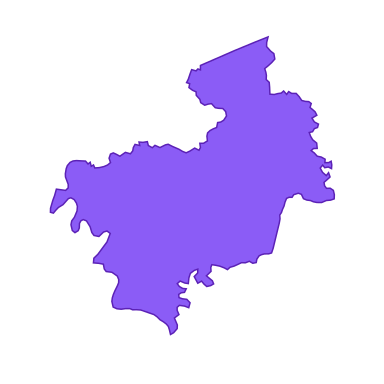 Ivaiporã, Paraná, Brazil, rotated 167°
{"feature_id": "56859067B76316504831540", "entity_name": "Ivaiporã", "entity_type": "district", "adm_level": 2, "iso_a3": "BRA", "parent_name": "Brazil", "parent_adm1": "Paraná", "projection": "natural_earth1", "projection_center": [-51.626, -24.281], "detail": "fine", "context": "isolated", "style": "filled", "palette": "violet", "viewbox_px": 384, "rotation_deg": 167, "n_neighbors": 0, "source": "geoboundaries", "source_scale": "gbopen_adm2", "svg_char_len": 3732}
<svg xmlns="http://www.w3.org/2000/svg" viewBox="0 0 384 384"><g transform="rotate(167 192 192)"><path d="M83.0,326.0L96.1,324.0L118.3,320.3L155.3,313.4L156.3,309.1L158.6,310.6L160.8,309.1L164.8,311.3L167.2,307.7L170.2,302.8L172.7,299.8L169.9,298.1L171.5,294.4L168.6,291.0L165.5,288.7L166.1,285.2L163.5,280.5L163.4,277.1L160.1,273.7L156.4,274.0L153.1,273.7L150.4,268.9L147.4,267.6L143.2,266.4L141.1,262.7L141.3,258.3L145.0,254.8L148.3,253.7L151.4,253.9L153.5,249.3L157.0,248.8L160.6,247.8L163.5,246.1L164.9,243.1L165.5,238.3L169.8,236.9L173.4,237.7L173.8,233.4L175.8,231.1L179.5,234.2L185.0,232.3L188.9,231.5L192.1,233.7L195.1,236.6L200.8,240.8L204.5,243.9L207.3,243.9L213.2,242.5L217.6,245.8L220.7,244.1L224.1,247.1L224.2,251.1L228.6,251.4L232.4,252.6L232.5,249.1L236.8,251.2L239.2,248.5L240.5,245.4L243.4,243.1L248.0,245.6L254.2,243.1L257.4,245.9L259.9,247.8L262.9,247.3L265.2,243.6L264.8,239.0L268.2,237.3L272.1,236.6L276.8,236.6L281.3,237.3L281.9,240.5L284.4,239.7L284.5,243.9L287.0,242.7L288.8,246.1L293.8,247.5L297.5,248.6L301.0,249.0L304.1,248.3L307.5,245.8L309.3,243.1L311.3,238.3L311.9,235.1L310.9,227.3L311.7,223.9L314.8,222.0L323.5,225.3L326.7,219.4L329.4,215.3L333.5,208.0L334.5,204.1L331.8,202.6L328.8,204.9L325.6,207.0L320.5,208.7L313.9,213.4L311.3,213.6L308.5,211.1L307.1,207.2L306.9,203.8L308.3,199.4L312.3,193.8L315.7,190.9L317.3,187.3L317.3,181.4L315.2,178.7L311.6,179.9L309.9,182.3L308.7,186.7L306.8,188.9L304.2,189.6L301.3,187.6L299.1,181.1L298.7,175.0L297.3,171.7L292.7,169.6L287.2,172.9L283.6,173.1L281.0,170.0L286.1,162.4L290.0,159.1L297.7,152.5L302.5,149.6L304.0,145.1L298.9,143.5L294.6,141.6L294.8,136.7L293.5,133.8L288.1,131.8L283.7,126.9L283.1,123.2L283.9,120.1L285.8,117.4L289.4,113.0L291.7,109.8L293.5,106.7L294.7,103.4L294.7,97.6L291.4,95.1L287.3,93.7L282.9,93.3L278.7,92.3L276.4,90.6L272.6,89.8L268.6,88.6L256.6,81.1L254.0,78.1L251.9,74.7L249.1,72.0L246.7,69.1L245.3,66.3L245.0,62.7L245.0,58.0L241.6,59.0L237.2,62.2L236.2,65.7L237.5,73.2L232.3,75.5L233.1,80.0L232.4,83.0L229.8,84.4L224.9,82.5L221.2,80.0L218.8,84.5L221.2,88.6L225.3,90.1L228.4,92.0L228.0,95.2L225.2,96.2L221.9,95.9L219.4,99.0L222.7,100.1L225.6,102.8L227.0,106.0L223.6,107.9L219.5,104.9L216.2,103.6L214.3,109.1L211.9,113.1L207.4,115.1L203.7,115.5L204.7,111.8L208.9,109.1L206.9,101.8L202.7,103.0L201.0,99.5L198.9,96.6L194.8,96.6L191.6,97.6L192.1,100.9L195.0,104.7L196.8,107.1L191.3,110.4L190.7,114.2L189.0,116.7L185.7,115.4L181.6,113.5L177.6,110.8L174.9,108.4L171.9,110.1L167.8,110.3L163.8,111.1L159.7,112.0L155.9,111.0L151.7,111.6L148.8,108.9L145.3,108.8L143.9,112.0L141.0,114.7L138.4,115.3L135.4,115.4L131.2,114.5L128.2,114.7L125.6,118.9L122.3,125.5L118.4,133.3L114.0,142.0L112.3,146.0L111.7,149.8L109.5,151.8L107.8,154.6L105.5,157.6L103.7,161.1L101.3,164.5L98.6,165.0L95.7,164.3L93.5,166.5L88.7,166.9L85.9,165.1L84.9,160.4L81.9,158.3L78.4,157.0L76.0,155.2L72.7,153.7L68.0,152.6L63.0,153.5L58.8,152.9L55.0,153.3L53.9,157.4L53.9,161.8L56.5,164.6L60.1,165.3L61.4,168.2L61.2,171.7L57.6,173.6L54.1,175.6L54.6,180.1L57.5,177.8L60.4,181.8L61.7,186.5L58.6,188.8L57.2,185.8L53.6,185.7L50.8,183.4L49.7,187.0L49.5,190.7L52.2,189.9L55.9,190.7L54.9,194.0L58.2,197.0L61.9,198.7L64.1,202.6L66.6,205.5L63.9,207.0L60.2,206.3L59.5,211.6L62.7,215.8L63.9,219.6L64.4,223.6L61.0,223.6L58.5,226.2L55.2,226.6L53.5,229.7L57.0,232.7L58.5,237.0L53.1,238.7L54.0,242.4L56.1,245.4L58.0,247.8L55.9,251.4L57.9,253.8L61.2,254.8L64.5,256.5L66.1,260.7L68.3,264.6L72.8,265.7L75.2,268.1L77.8,265.8L80.0,269.8L82.8,268.3L86.2,268.6L89.9,268.5L94.1,269.8L92.8,276.6L92.1,281.5L94.4,284.9L93.3,288.8L93.1,292.0L93.4,295.9L89.3,297.9L85.2,300.2L81.4,302.9L81.1,308.4L83.7,311.6L86.6,316.9L85.6,320.9L83.0,326.0Z" fill="#8b5cf6" stroke="#5b21b6" stroke-width="1.5"/></g></svg>